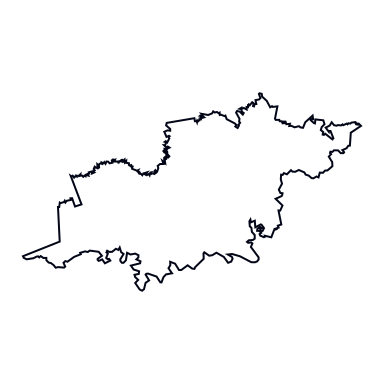 Minatitlán, Veracruz, Mexico, rotated 90°
{"feature_id": "50627088B22697915736316", "entity_name": "Minatitlán", "entity_type": "district", "adm_level": 2, "iso_a3": "MEX", "parent_name": "Mexico", "parent_adm1": "Veracruz", "projection": "natural_earth1", "projection_center": [-94.427, 17.705], "detail": "fine", "context": "isolated", "style": "outline", "palette": "ink", "viewbox_px": 384, "rotation_deg": 90, "n_neighbors": 0, "source": "geoboundaries", "source_scale": "gbopen_adm2", "svg_char_len": 6073}
<svg xmlns="http://www.w3.org/2000/svg" viewBox="0 0 384 384"><g transform="rotate(90 192 192)"><path d="M100.8,117.3L96.6,121.9L93.8,122.3L93.3,124.5L93.9,125.1L98.1,123.6L99.5,125.0L100.1,128.5L104.0,127.7L104.1,129.4L106.4,130.0L106.1,130.9L103.1,130.5L102.2,131.8L105.1,134.1L104.5,135.0L105.5,135.2L105.3,136.0L107.2,136.0L107.0,137.4L109.5,137.3L108.0,140.2L108.7,142.3L107.7,142.4L108.8,144.4L109.2,142.7L111.8,142.0L113.0,140.3L114.6,141.2L111.6,144.3L111.0,147.0L112.6,147.9L118.8,144.5L121.6,144.9L122.8,143.9L125.0,145.8L125.6,145.1L128.0,146.4L126.5,148.7L125.0,147.6L123.4,149.2L119.2,157.3L115.6,158.6L116.1,159.5L114.7,163.0L115.0,164.2L112.7,164.4L113.3,165.3L112.0,167.0L112.5,169.2L111.4,170.8L113.3,171.8L115.0,175.8L113.8,182.5L114.9,181.5L115.5,183.2L116.4,181.4L116.9,183.1L117.6,180.8L118.3,183.3L119.3,183.1L119.2,184.5L121.2,184.6L120.1,185.0L121.3,186.0L120.5,186.7L122.2,187.0L121.0,187.5L121.2,189.1L118.2,189.6L122.9,217.3L125.4,217.9L129.0,213.8L130.7,213.8L130.4,216.6L131.8,219.7L136.9,217.5L135.8,215.0L136.1,214.6L136.6,215.7L138.4,214.7L142.5,216.8L141.2,218.3L141.8,219.1L142.0,218.3L143.8,218.3L145.1,218.8L145.1,220.0L147.6,217.6L146.5,216.3L147.6,214.5L148.7,216.8L150.8,217.7L149.1,218.2L148.9,219.4L151.8,218.6L150.4,221.1L152.5,219.6L152.0,216.8L152.9,216.7L154.2,218.6L154.0,216.8L156.3,214.7L157.3,215.6L156.5,216.5L157.8,217.2L156.1,217.9L157.8,219.8L158.8,219.8L158.1,219.0L159.0,218.2L159.6,219.3L163.3,218.8L161.0,221.5L164.0,220.5L164.0,223.9L165.9,226.3L168.1,225.7L171.7,226.9L172.2,227.3L170.2,228.7L171.2,229.5L173.7,228.1L172.6,229.7L173.9,229.8L173.3,232.0L173.9,232.7L173.4,233.5L172.4,232.9L172.6,233.6L175.3,234.4L174.0,235.2L175.1,237.0L173.7,238.0L172.3,236.9L172.9,238.9L174.4,238.9L173.4,240.6L175.2,241.7L174.0,242.8L173.7,244.7L172.5,245.2L172.9,246.3L172.1,244.6L171.2,245.7L172.2,246.9L170.2,245.8L170.7,246.9L168.8,251.9L166.8,251.6L167.2,253.3L166.5,252.1L166.0,253.3L164.7,252.1L165.6,254.2L165.0,255.1L163.2,255.1L162.8,257.9L161.0,257.8L162.4,259.1L159.6,259.4L161.4,261.0L159.8,261.5L159.9,262.5L160.7,263.4L161.5,262.4L161.2,264.6L163.4,265.7L161.5,265.6L161.5,269.4L160.0,269.0L160.8,270.3L159.5,270.4L159.5,271.2L160.4,272.2L162.7,271.6L163.3,274.4L161.7,275.8L161.5,277.5L163.8,278.5L162.1,279.7L163.3,280.6L162.5,282.3L163.8,282.1L163.3,283.4L164.9,285.8L164.2,286.7L166.4,286.5L166.2,285.0L167.5,284.9L168.3,286.1L167.0,286.9L167.9,287.9L166.7,289.3L169.0,290.3L170.4,289.3L171.7,291.1L172.5,289.8L173.5,292.1L171.4,292.0L172.3,295.2L173.6,294.9L173.9,296.4L175.6,295.6L174.9,298.2L176.3,298.4L175.6,299.6L176.8,300.8L175.4,302.2L175.9,304.1L174.5,303.8L175.9,305.3L175.6,307.7L176.6,307.4L176.3,308.8L177.6,309.9L175.7,311.3L176.4,312.4L175.8,313.3L204.4,302.5L206.5,309.0L198.2,311.9L198.3,313.5L199.9,313.0L200.8,317.3L202.5,318.6L200.9,319.3L202.0,319.9L203.1,323.4L202.6,324.2L207.0,324.8L207.0,326.0L241.6,324.3L256.2,361.0L257.8,360.3L259.3,357.3L258.2,350.5L256.6,347.4L256.4,345.8L257.4,344.8L256.1,343.3L258.0,340.5L257.9,337.7L260.3,337.6L262.6,335.3L263.0,333.2L265.0,330.5L267.7,328.3L267.1,325.9L267.6,320.0L266.6,318.8L262.8,320.5L261.1,318.7L261.7,316.5L256.9,309.9L254.2,303.2L252.8,303.8L251.4,298.9L252.0,296.2L250.6,294.2L251.8,285.3L255.8,282.1L258.8,286.3L259.8,286.4L260.9,285.2L259.4,281.8L263.3,279.1L260.6,273.7L258.9,274.9L259.2,276.4L258.0,277.8L253.7,276.2L252.4,277.5L251.5,276.6L250.3,277.6L251.9,274.8L251.9,272.0L248.8,268.1L249.9,265.7L247.5,264.3L252.1,262.9L254.0,260.4L259.3,263.7L261.0,263.6L262.8,262.1L262.8,260.5L260.3,258.1L252.8,256.9L254.5,253.5L253.6,248.8L255.2,245.6L257.4,245.6L259.4,247.6L261.3,243.5L263.3,243.9L265.6,253.1L269.5,250.4L271.3,244.9L273.9,245.2L274.8,249.5L277.0,248.9L279.9,245.8L283.0,248.8L289.5,244.3L290.7,241.9L289.2,240.0L282.8,238.4L280.4,234.9L274.6,238.4L273.8,237.7L273.6,235.9L276.6,227.4L282.3,223.7L282.4,222.5L277.1,220.5L274.4,218.0L273.3,212.0L268.2,215.5L265.2,213.7L261.8,213.8L263.7,208.9L270.0,205.0L270.0,202.7L265.3,196.4L268.6,191.8L268.9,189.6L267.1,188.8L258.8,180.3L253.5,180.5L252.3,179.7L255.7,174.8L255.2,171.7L252.7,167.6L256.9,160.2L262.8,155.9L261.6,152.8L258.7,151.4L256.8,152.2L254.5,156.2L254.0,151.9L256.3,144.0L262.2,132.7L262.3,129.1L261.5,127.0L259.6,125.4L257.3,125.4L247.0,133.1L243.4,131.6L242.5,132.7L242.8,135.9L241.9,137.0L240.3,135.2L240.0,131.2L238.7,129.3L235.0,129.3L231.9,132.1L227.8,132.6L226.3,134.2L221.3,134.6L219.6,133.6L222.3,133.0L220.7,129.2L227.3,128.7L224.4,123.2L224.8,122.4L228.1,120.0L230.8,121.3L231.2,122.3L230.5,123.2L228.9,123.9L228.2,122.3L227.0,123.9L228.8,126.6L230.8,126.9L230.9,124.6L232.9,122.8L234.0,124.4L235.6,123.8L237.2,120.1L236.5,118.7L235.8,119.0L237.3,112.7L230.0,109.9L229.3,107.9L228.7,108.7L227.6,105.4L225.7,106.2L224.5,102.7L210.5,105.5L210.6,103.8L205.5,101.5L198.8,108.4L196.1,102.4L194.7,101.7L193.2,101.5L193.0,103.6L189.7,105.2L183.7,102.0L179.3,103.2L174.7,102.9L174.9,101.3L173.1,100.1L174.3,97.1L170.2,93.0L171.6,91.6L171.8,88.8L170.0,85.2L172.4,79.6L174.6,78.4L175.6,75.3L178.1,72.4L178.3,70.6L176.5,67.5L177.4,65.5L172.6,64.2L172.8,61.0L170.6,59.0L170.4,56.5L166.2,51.6L162.1,51.8L156.6,55.2L154.1,52.9L153.0,54.0L151.7,53.6L151.9,51.6L150.3,50.0L150.4,45.9L153.1,43.3L153.1,40.5L152.2,39.9L150.1,41.6L148.3,37.5L145.8,35.8L145.6,34.1L132.7,33.2L125.9,23.0L123.6,25.3L123.6,26.6L124.6,26.4L124.3,27.9L123.6,28.3L123.6,27.4L122.1,28.5L122.6,32.6L123.6,33.7L123.3,35.5L124.3,36.5L123.6,37.2L125.2,40.8L124.4,41.5L125.4,42.9L125.1,46.1L125.7,47.4L125.2,50.0L122.3,52.3L125.6,54.4L127.6,58.3L131.9,55.1L131.0,54.9L131.0,53.5L138.3,50.6L139.4,51.6L133.7,58.8L134.9,60.1L134.6,61.3L132.0,60.8L130.1,63.2L127.1,62.3L124.2,59.5L120.3,60.7L119.4,68.6L123.4,69.0L123.2,69.9L120.1,73.4L119.0,73.3L119.2,70.9L115.6,71.4L122.2,78.7L127.8,81.0L127.4,83.5L126.2,85.0L127.3,89.5L125.8,92.6L126.0,94.7L123.8,94.1L124.2,97.7L121.6,98.5L121.6,100.2L123.1,99.2L123.3,101.4L121.3,102.4L121.2,104.3L119.9,104.7L119.9,108.3L118.7,109.0L106.4,106.6L106.9,111.5L106.2,112.0L107.3,113.8L100.8,117.3Z" fill="none" stroke="#020617" stroke-width="2"/></g></svg>